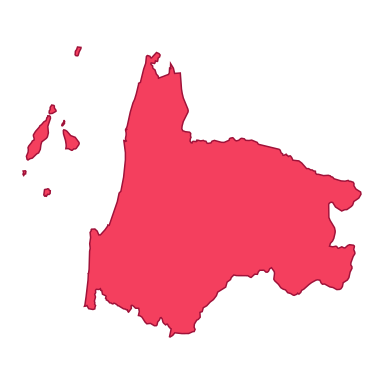 Suk Samran, Ranong, Thailand
{"feature_id": "78962969B98614322504757", "entity_name": "Suk Samran", "entity_type": "district", "adm_level": 2, "iso_a3": "THA", "parent_name": "Thailand", "parent_adm1": "Ranong", "projection": "robinson", "projection_center": [98.475, 9.438], "detail": "fine", "context": "isolated", "style": "filled", "palette": "rose", "viewbox_px": 384, "rotation_deg": 0, "n_neighbors": 0, "source": "geoboundaries", "source_scale": "gbopen_adm2", "svg_char_len": 5916}
<svg xmlns="http://www.w3.org/2000/svg" viewBox="0 0 384 384"><path d="M336.8,289.6L339.7,289.4L341.0,288.7L342.4,286.6L343.2,282.7L347.4,280.0L348.9,277.7L350.1,272.1L352.0,268.3L351.9,266.6L350.8,264.9L350.9,262.8L353.2,256.4L354.9,253.7L354.8,252.2L353.7,249.5L354.4,246.5L354.1,245.7L353.4,245.2L349.5,244.7L347.7,245.5L345.0,247.9L343.8,247.8L341.8,246.8L338.6,248.3L337.8,248.1L336.7,246.5L335.9,246.2L332.8,246.8L329.5,246.2L330.4,243.3L332.6,240.9L333.8,238.4L335.1,232.8L335.2,231.0L334.5,227.7L330.1,220.4L328.9,217.5L328.7,204.6L329.0,203.6L329.8,202.8L331.2,202.2L332.7,202.5L335.5,207.0L341.7,211.0L344.7,209.7L346.9,209.6L351.4,206.4L352.7,204.9L353.8,201.5L358.8,198.1L361.0,194.2L360.6,192.0L356.1,189.2L355.4,188.3L353.9,185.7L354.0,183.7L353.3,182.3L350.7,181.3L349.3,181.3L348.2,180.4L345.1,181.2L341.1,180.9L334.1,178.8L332.6,177.1L331.0,176.7L330.4,175.9L328.3,175.3L323.5,175.6L318.5,174.3L316.6,174.3L315.6,173.2L315.4,171.2L313.4,170.9L312.4,170.0L310.5,169.8L308.6,168.6L306.6,168.6L301.8,163.1L298.9,160.9L292.9,160.2L291.7,157.5L290.5,156.0L290.0,155.8L288.3,156.5L287.5,155.3L286.6,155.2L286.1,154.2L284.0,155.3L283.0,155.3L282.6,153.9L281.1,152.8L280.2,150.2L279.1,149.3L258.8,144.4L258.0,143.8L257.2,142.4L251.7,140.1L249.0,140.5L245.6,140.3L244.3,138.8L241.7,138.3L240.7,138.6L238.7,140.3L236.3,140.9L235.3,140.4L233.1,137.9L232.5,137.7L230.2,138.2L229.5,138.8L229.0,140.3L224.1,142.4L221.4,142.3L214.4,140.4L212.0,141.2L210.9,142.9L207.9,143.4L207.0,143.1L205.9,141.2L204.5,141.1L203.4,140.4L200.7,140.9L197.9,140.2L197.5,140.7L196.9,140.2L196.1,141.6L193.1,141.3L192.3,142.0L192.1,142.9L191.1,142.8L190.0,141.0L190.4,138.6L191.0,137.4L190.5,135.8L190.7,133.4L189.6,132.2L185.4,131.7L182.7,130.7L181.8,128.7L182.1,126.0L183.3,121.5L188.0,112.1L188.2,110.8L187.9,109.2L183.3,98.0L182.2,93.4L181.5,89.1L180.3,73.0L174.6,73.4L173.4,68.2L170.6,63.6L170.5,67.9L170.8,68.6L170.2,68.9L169.9,67.8L169.6,67.9L169.3,72.9L168.5,74.4L158.5,78.2L158.3,76.3L156.3,74.0L155.0,69.9L153.1,68.5L152.6,67.1L152.7,66.1L151.0,64.3L150.9,63.4L151.2,62.9L154.5,63.5L155.0,62.9L155.4,60.9L157.1,61.5L157.6,61.2L158.2,58.0L159.6,56.9L160.1,55.0L159.0,53.6L156.5,52.5L151.5,57.9L150.6,57.7L150.0,56.3L147.6,55.5L147.0,55.8L146.4,56.5L145.7,63.3L143.7,69.0L140.4,82.4L138.6,83.3L138.6,84.2L136.3,93.8L134.6,99.4L133.0,102.8L130.3,112.0L127.2,126.2L126.2,128.7L126.8,129.3L126.5,129.7L125.7,129.3L125.5,129.9L126.1,132.8L126.1,135.2L125.5,138.2L125.7,140.1L125.0,140.8L127.0,140.9L124.9,141.5L124.0,140.9L124.0,139.9L123.8,140.3L125.4,152.7L125.4,159.9L123.6,177.2L120.9,191.2L119.1,193.1L117.3,201.7L109.2,225.3L107.8,225.0L107.7,226.0L105.0,229.8L100.4,234.9L98.8,234.9L97.2,231.1L94.9,229.0L91.5,229.2L91.1,229.9L91.3,230.5L90.1,232.4L90.6,237.6L89.7,243.7L90.2,248.4L89.6,251.2L89.1,269.2L88.6,273.1L88.1,273.5L88.3,274.5L88.0,280.3L86.1,296.6L84.9,305.0L84.4,306.3L85.9,306.1L86.9,305.5L88.7,308.7L93.0,309.5L94.8,308.9L95.0,307.2L95.6,305.5L94.6,304.2L94.9,302.9L94.4,301.1L95.5,297.0L94.7,294.3L95.7,292.7L95.5,290.3L96.3,289.3L99.0,289.5L100.4,288.7L100.8,290.4L101.7,290.5L102.5,294.2L105.7,295.8L106.1,296.4L105.5,298.3L106.3,299.0L106.3,299.9L107.9,300.7L109.8,302.9L111.1,303.0L112.2,303.8L113.0,303.9L113.9,303.2L114.8,303.4L117.1,304.8L117.5,305.6L118.6,305.8L123.5,308.8L125.7,309.2L126.4,309.9L127.4,309.8L128.0,311.7L128.6,312.1L131.4,308.3L131.1,306.0L131.4,305.4L132.1,305.3L133.5,306.2L135.5,308.2L138.7,308.3L139.3,311.6L138.4,315.5L140.2,315.9L142.0,317.2L145.1,322.1L146.8,323.8L150.5,323.4L154.3,325.7L156.3,325.7L157.0,325.0L157.7,321.9L159.4,320.0L160.4,317.7L161.2,317.6L162.2,319.0L162.9,322.0L163.7,323.2L165.6,324.9L166.9,324.1L167.5,324.2L168.8,326.8L169.7,327.4L170.3,328.5L171.2,328.9L169.5,336.7L170.1,337.0L172.7,335.4L174.8,332.8L182.1,333.6L188.7,333.5L192.7,331.7L194.2,331.5L195.1,329.4L194.1,327.2L194.4,324.1L196.7,320.2L198.4,319.3L200.2,317.2L199.9,312.4L202.2,311.6L203.3,307.7L206.7,305.8L210.2,302.0L213.4,299.6L216.4,295.7L217.7,292.1L225.7,287.1L227.1,282.1L230.5,279.6L231.3,277.5L233.8,275.0L236.6,275.6L247.8,275.7L250.4,277.3L251.2,277.4L254.7,274.2L257.4,274.3L258.3,272.0L259.7,270.3L263.9,270.2L265.9,272.1L267.3,272.2L268.4,271.4L269.8,268.7L271.5,267.7L274.3,271.7L274.5,273.7L273.8,279.2L274.7,280.8L278.5,284.4L280.8,287.7L283.2,289.2L285.5,289.9L287.7,292.7L290.6,293.5L293.3,295.2L294.3,295.3L296.9,294.2L297.6,293.2L298.9,294.1L300.7,292.5L301.6,290.4L303.9,289.1L309.0,284.5L311.7,282.5L315.9,280.2L317.5,279.8L319.9,280.2L321.1,282.9L322.4,284.2L324.6,284.0L329.8,286.9L333.0,287.5L336.8,289.6ZM28.0,160.0L29.8,158.8L32.4,158.1L36.7,153.9L38.6,152.9L40.3,149.4L40.9,144.8L41.8,141.8L46.3,138.4L47.4,136.9L48.4,132.9L47.8,126.4L50.5,118.2L50.3,116.6L49.6,115.9L47.8,115.8L47.8,116.7L46.9,117.6L46.1,120.5L43.9,121.8L41.5,124.6L39.9,125.8L39.2,127.2L35.5,131.4L33.4,134.9L33.4,136.0L34.1,138.3L34.1,139.9L32.2,141.1L31.7,142.3L28.7,146.1L28.0,147.7L28.3,149.6L28.1,152.2L26.4,156.3L27.1,159.4L28.0,160.0ZM76.2,148.4L78.9,144.6L79.2,143.2L78.9,142.3L75.2,137.3L70.7,135.6L67.0,131.3L65.5,130.3L63.8,129.8L63.3,130.6L63.5,133.9L65.5,140.5L66.1,144.3L66.2,146.3L65.8,148.7L68.3,148.6L71.6,150.3L72.4,150.2L73.6,149.0L75.3,148.9L76.2,148.4ZM49.5,113.7L52.4,113.4L56.0,111.3L56.0,110.3L54.4,108.0L54.3,105.9L53.8,105.4L51.7,105.0L50.2,107.3L50.1,109.7L49.3,110.8L49.1,112.7L49.5,113.7ZM48.7,189.0L47.6,188.8L46.5,189.3L45.0,189.4L44.5,189.8L43.8,194.9L44.6,196.1L45.5,195.7L45.6,196.2L46.4,196.3L47.6,194.3L49.0,194.5L50.1,193.5L50.3,190.7L49.3,190.3L48.7,189.0ZM81.0,47.4L77.5,47.0L76.6,49.6L75.4,51.2L75.1,54.8L76.0,55.7L77.7,55.8L78.2,55.2L79.2,51.8L80.9,48.6L81.0,47.4ZM25.4,170.8L23.1,171.0L23.7,173.3L23.0,173.9L23.0,174.4L23.7,175.5L24.5,174.2L25.6,173.9L25.9,171.4L25.4,170.8ZM62.6,125.8L64.5,123.5L64.3,122.9L64.7,121.7L64.3,120.6L63.9,120.6L63.6,122.1L62.0,124.3L61.8,125.6L62.6,125.8Z" fill="#f43f5e" stroke="#9f1239" stroke-width="1.5"/></svg>